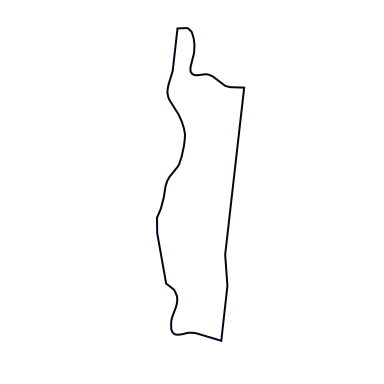 outline of Suhaj, rotated 225°
{"feature_id": "EGY-1552", "entity_name": "Suhaj", "entity_type": "Governorate", "adm_level": 1, "iso_a3": "EGY", "parent_name": "Egypt", "parent_adm1": "", "projection": "orthographic", "projection_center": [31.858, 26.536], "detail": "fine", "context": "isolated", "style": "outline", "palette": "ink", "viewbox_px": 384, "rotation_deg": 225, "n_neighbors": 0, "source": "natural_earth", "source_scale": "10m", "svg_char_len": 926}
<svg xmlns="http://www.w3.org/2000/svg" viewBox="0 0 384 384"><g transform="rotate(225 192 192)"><path d="M308.6,305.0L305.2,304.9L299.2,301.7L293.8,297.3L288.8,291.7L281.4,279.3L278.2,276.1L275.2,275.6L272.5,276.7L271.1,278.0L265.3,285.3L262.2,287.3L258.4,288.5L244.1,290.4L241.4,291.7L238.7,293.5L228.9,302.7L124.2,171.1L100.6,150.7L66.1,107.5L89.3,95.0L92.1,92.8L94.5,90.5L96.2,88.2L97.8,85.3L100.3,81.9L102.3,80.0L103.8,79.1L106.5,79.0L109.7,80.3L114.0,84.5L116.0,86.9L117.8,90.1L121.8,99.0L123.8,102.4L126.2,105.4L129.1,107.8L132.8,109.3L135.6,110.2L145.6,109.0L187.5,138.3L198.5,149.0L202.3,158.3L208.1,168.2L214.7,177.2L217.3,182.3L218.6,186.7L219.9,199.1L220.6,202.3L224.4,209.8L230.4,219.1L234.4,224.2L237.8,227.9L242.4,231.1L248.9,234.5L256.2,237.3L272.6,241.0L275.7,242.2L279.6,244.8L282.3,248.0L284.5,251.3L291.3,264.0L317.9,297.4L311.2,304.7L308.6,305.0Z" fill="none" stroke="#020617" stroke-width="2"/></g></svg>